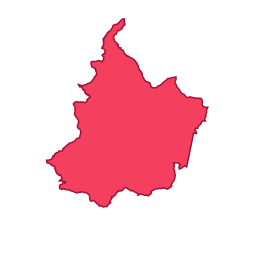 Silvia, Cauca, Colombia, rotated 304°
{"feature_id": "7082276B59383263331081", "entity_name": "Silvia", "entity_type": "district", "adm_level": 2, "iso_a3": "COL", "parent_name": "Colombia", "parent_adm1": "Cauca", "projection": "albers", "projection_center": [-76.334, 2.654], "detail": "fine", "context": "isolated", "style": "filled", "palette": "rose", "viewbox_px": 256, "rotation_deg": 304, "n_neighbors": 0, "source": "geoboundaries", "source_scale": "gbopen_adm2", "svg_char_len": 5707}
<svg xmlns="http://www.w3.org/2000/svg" viewBox="0 0 256 256"><g transform="rotate(304 128 128)"><path d="M49.6,152.7L50.5,153.3L50.7,154.1L51.1,154.5L52.1,154.3L52.8,154.5L53.1,154.2L56.3,155.5L56.6,155.3L56.4,154.5L56.7,154.0L58.7,154.0L59.4,153.7L60.7,154.0L61.4,153.6L61.6,153.0L62.1,153.0L62.2,153.8L63.1,154.3L63.6,154.2L64.3,154.7L65.1,155.0L66.3,154.9L67.0,154.6L67.7,154.9L68.3,154.7L69.1,155.1L69.9,154.9L70.3,155.8L71.5,156.1L71.6,156.9L72.6,158.0L73.7,158.4L75.8,158.4L77.3,159.4L77.8,160.2L77.4,161.0L77.6,165.8L79.0,167.3L78.7,168.6L78.6,169.4L79.1,170.9L78.9,173.2L77.9,173.4L77.9,173.6L78.1,174.2L79.3,174.4L81.0,176.6L81.0,177.7L81.3,178.1L81.4,178.9L82.0,180.2L82.5,180.5L82.9,181.2L83.0,182.8L83.5,183.0L84.2,182.9L85.7,183.8L87.0,183.7L87.3,183.6L87.6,182.8L88.3,182.5L88.8,182.9L92.1,184.4L93.8,185.8L94.4,187.0L95.7,188.0L95.8,188.8L96.2,189.2L96.7,189.2L97.5,190.1L97.9,191.0L98.3,191.1L99.1,193.0L99.0,193.9L99.4,194.8L101.5,195.9L102.5,196.0L103.5,196.8L104.6,196.6L105.4,195.5L110.7,195.3L112.4,195.0L113.8,194.1L115.0,193.8L116.4,192.3L118.5,190.7L119.9,188.6L122.9,187.3L123.8,186.6L124.6,185.3L126.5,188.0L127.2,189.7L127.2,191.0L126.8,191.7L126.2,191.3L125.6,192.0L124.9,191.8L123.5,192.5L123.4,193.2L122.8,193.4L123.2,193.9L124.7,194.8L128.5,196.1L128.5,198.4L160.7,185.1L161.5,187.8L162.1,187.7L162.6,187.3L163.1,186.1L163.8,185.3L163.8,184.3L165.6,184.1L165.7,184.5L166.7,186.0L168.4,185.2L172.3,186.2L173.6,185.6L174.2,185.7L175.8,186.3L177.2,188.2L177.6,187.2L179.7,186.0L181.5,186.0L181.7,185.4L182.9,184.9L184.9,184.5L186.8,183.1L189.8,182.6L188.3,180.3L187.9,177.4L188.5,176.7L191.0,175.1L192.4,173.9L193.1,172.9L193.3,172.0L190.1,166.2L188.5,162.1L186.2,159.9L186.3,158.6L187.2,155.6L186.8,153.3L187.0,152.0L188.5,148.9L189.5,145.5L190.9,143.9L191.2,142.0L192.4,141.2L195.2,140.6L197.1,139.3L196.3,138.2L191.0,133.2L188.7,132.8L185.2,131.6L183.0,131.4L181.4,130.7L179.8,129.5L177.4,128.9L176.2,127.8L174.9,125.1L175.3,123.8L176.9,122.1L177.5,120.6L177.5,119.6L176.7,117.2L176.9,114.9L178.1,113.1L178.6,111.5L181.4,108.8L182.1,106.7L182.5,106.3L182.4,105.3L184.5,102.3L185.5,101.4L186.0,100.1L186.6,99.5L186.4,99.2L186.8,98.6L187.0,97.5L187.5,97.2L188.1,94.1L187.9,93.2L187.9,91.5L187.6,90.6L187.6,89.5L187.8,89.1L187.7,88.0L187.3,87.8L187.4,87.3L187.1,87.2L187.2,86.7L187.0,86.4L187.7,85.2L187.5,84.0L187.9,83.5L187.8,83.1L188.4,82.4L188.7,81.6L189.6,81.0L189.6,80.3L189.2,78.8L189.6,78.3L189.7,77.1L190.3,77.1L189.7,76.4L189.8,75.8L189.6,75.4L190.0,75.1L190.3,74.0L191.5,73.6L191.1,72.5L191.5,72.2L192.0,72.2L192.7,67.9L193.9,66.8L194.9,65.0L196.1,65.1L197.1,64.6L199.2,65.7L200.2,65.7L200.6,65.3L202.3,65.1L203.4,65.6L204.0,66.5L205.6,66.8L206.8,67.5L207.4,67.5L208.3,67.0L208.9,67.1L209.9,66.8L210.5,67.0L211.3,67.7L212.5,67.4L212.9,66.3L213.8,66.0L215.4,64.4L216.4,64.2L216.2,63.7L215.0,62.4L214.4,62.4L213.0,61.8L210.8,61.8L209.9,61.2L209.2,61.3L207.7,60.8L206.7,59.7L206.6,59.3L204.6,58.3L202.3,59.0L200.8,58.9L199.2,59.1L197.5,58.2L196.9,58.4L196.1,57.8L195.1,57.6L193.6,58.1L191.2,57.6L190.1,58.2L189.1,58.2L189.0,57.6L188.1,57.6L187.5,58.0L187.4,58.6L186.5,58.7L185.8,59.3L185.8,59.7L185.0,60.0L184.5,60.7L183.4,60.9L182.2,61.6L181.2,61.2L179.5,61.7L179.6,62.0L180.1,62.1L180.2,62.5L179.9,62.9L180.1,63.6L179.4,65.5L178.9,66.2L178.0,66.3L177.6,66.7L177.3,66.6L176.5,67.2L175.9,66.3L175.5,66.4L174.2,65.8L173.6,66.0L173.5,67.7L172.1,68.9L171.6,69.1L171.5,69.5L170.2,69.6L169.8,69.3L168.6,69.8L167.9,68.7L168.3,68.1L167.2,65.5L164.9,64.0L164.1,62.4L162.8,60.8L161.9,60.7L160.7,61.2L158.7,63.5L158.6,63.8L158.9,67.6L157.6,69.0L157.6,69.6L156.9,69.8L156.7,70.6L154.7,72.3L153.9,71.8L153.2,72.1L152.4,71.9L151.9,72.0L151.4,71.6L151.2,72.1L150.7,71.9L149.7,72.2L147.9,71.7L146.7,72.2L146.2,71.8L145.3,71.7L143.5,70.6L142.7,69.9L140.9,69.1L138.7,67.5L138.5,67.0L137.6,66.6L136.8,64.7L136.4,62.7L135.2,64.5L135.1,65.1L136.0,66.4L135.3,68.5L134.7,68.9L135.0,69.4L134.7,69.7L134.9,70.0L134.5,70.8L134.7,71.3L134.1,71.5L134.0,72.1L133.4,72.5L133.2,73.2L132.7,73.4L133.2,74.7L132.7,74.9L132.6,75.9L132.9,76.3L132.8,77.0L133.4,77.1L133.4,77.4L133.2,78.1L132.8,78.4L132.9,78.9L132.5,79.4L131.3,79.1L130.9,78.7L129.1,78.4L128.7,78.1L127.4,78.9L125.9,78.7L125.0,78.2L124.8,77.9L124.6,76.6L123.5,75.0L123.3,74.3L122.7,74.0L121.6,71.9L121.2,71.5L120.9,70.4L120.1,69.8L117.8,69.1L117.1,69.5L115.7,72.5L114.6,73.0L112.6,74.8L111.3,75.0L109.3,76.1L106.6,82.6L105.9,83.3L104.9,83.9L101.5,84.9L100.1,86.0L99.9,89.3L99.4,90.1L97.8,91.4L93.2,93.1L92.1,92.9L91.3,92.0L90.5,91.4L89.4,91.2L87.9,91.3L86.4,90.6L83.7,88.9L82.3,87.6L81.0,87.8L79.6,87.0L76.9,86.5L76.0,86.0L74.9,86.2L74.4,85.7L73.3,86.3L72.1,86.1L70.5,84.2L70.3,83.5L69.5,83.7L68.6,83.6L68.0,82.8L66.6,82.4L66.3,81.9L65.4,82.3L65.0,82.0L64.1,82.0L63.4,82.5L63.1,81.7L62.6,81.4L61.8,81.9L61.5,81.7L61.1,81.9L59.4,82.0L55.9,79.3L56.2,78.0L56.0,78.4L54.7,79.3L54.6,79.8L54.0,80.1L54.0,81.4L54.8,82.4L54.8,84.0L54.4,84.8L54.7,85.1L54.4,85.5L54.6,86.9L55.1,88.8L53.3,89.8L52.9,91.3L52.2,91.6L51.5,93.2L50.7,93.5L50.7,94.8L50.3,95.4L50.6,95.9L50.3,96.5L50.7,97.0L50.3,97.4L51.2,98.7L50.0,100.5L49.8,101.1L49.0,101.7L47.6,100.9L45.8,100.7L47.1,102.6L47.0,103.1L47.7,104.1L47.8,105.0L48.4,106.6L47.2,106.6L46.0,104.7L44.6,104.8L44.0,104.5L43.6,103.8L42.6,103.5L41.8,103.5L39.6,105.2L40.0,106.0L39.8,107.2L41.2,108.0L41.9,109.8L42.1,111.0L43.6,113.2L44.0,115.9L44.8,117.8L45.0,119.9L45.6,122.1L46.7,122.7L47.7,123.7L48.2,124.6L48.9,125.1L49.9,126.6L50.0,128.3L50.8,128.8L51.2,129.4L50.6,133.7L50.0,134.3L47.8,135.8L46.5,137.9L48.4,140.1L48.6,140.7L48.7,141.7L47.9,143.9L48.2,145.2L47.3,147.9L48.0,148.1L48.2,149.1L48.7,149.9L48.6,150.7L48.7,151.7L49.4,152.2L49.6,152.7Z" fill="#f43f5e" stroke="#9f1239" stroke-width="1.5"/></g></svg>